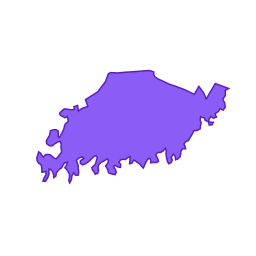 outline of Romelândia, Santa Catarina, Brazil, rotated 41°
{"feature_id": "56859067B71517349655646", "entity_name": "Romelândia", "entity_type": "district", "adm_level": 2, "iso_a3": "BRA", "parent_name": "Brazil", "parent_adm1": "Santa Catarina", "projection": "equal_earth", "projection_center": [-53.313, -26.655], "detail": "fine", "context": "isolated", "style": "filled", "palette": "violet", "viewbox_px": 256, "rotation_deg": 41, "n_neighbors": 0, "source": "geoboundaries", "source_scale": "gbopen_adm2", "svg_char_len": 3104}
<svg xmlns="http://www.w3.org/2000/svg" viewBox="0 0 256 256"><g transform="rotate(41 128 128)"><path d="M78.5,97.6L77.6,99.9L80.6,107.9L81.2,117.3L81.5,120.3L77.3,134.5L83.5,138.0L82.0,140.8L80.3,143.6L79.5,147.9L75.2,144.0L73.2,147.4L75.5,149.1L73.3,151.6L70.5,153.2L67.3,155.4L66.8,158.9L66.7,161.9L68.7,162.7L71.6,162.1L73.7,161.6L74.7,159.2L76.6,160.5L78.7,162.3L78.0,166.0L78.8,168.3L80.3,171.0L81.2,174.4L81.8,176.8L82.4,180.2L80.5,179.9L79.2,178.0L77.7,176.1L75.0,176.4L72.8,178.3L71.2,181.0L72.6,183.1L73.7,185.2L74.1,188.0L74.8,191.3L77.2,193.2L80.1,192.9L82.4,191.4L83.1,188.1L84.1,184.5L85.8,182.5L88.4,184.2L90.4,186.9L92.5,188.3L93.8,190.6L94.0,195.2L94.0,198.3L91.6,199.4L89.2,199.1L86.6,199.3L83.3,201.9L83.1,205.4L80.5,205.1L78.8,204.3L76.2,204.6L77.6,207.7L79.0,210.7L81.4,212.6L83.8,213.2L86.3,212.7L88.6,214.3L92.1,217.8L94.6,214.7L96.8,217.0L97.5,221.0L98.6,223.9L100.7,222.5L100.2,218.9L99.3,216.1L98.1,213.9L96.5,212.4L95.3,210.5L98.3,210.0L102.1,211.7L104.5,214.1L105.1,211.7L103.4,209.0L103.1,205.2L104.0,201.7L103.4,199.2L103.1,195.6L104.9,193.6L106.0,196.3L106.4,199.4L109.3,199.5L112.1,200.5L114.2,201.4L116.1,203.6L117.8,206.5L120.0,207.7L119.1,203.9L117.0,200.8L116.4,197.5L119.6,198.0L121.4,196.1L119.8,193.7L117.3,191.4L114.9,188.9L112.4,187.5L110.3,186.4L110.6,182.9L112.4,180.0L114.7,180.0L113.5,184.0L115.3,186.0L118.1,185.5L119.6,182.2L120.3,179.1L120.7,175.8L120.9,172.7L121.8,169.9L124.1,170.3L125.6,173.4L127.1,176.7L126.7,181.7L128.9,183.1L131.0,183.3L133.7,184.4L134.8,181.9L133.7,179.4L131.4,177.5L129.9,175.0L130.2,171.7L131.6,168.2L132.7,164.8L134.9,165.6L135.8,168.0L136.0,171.4L138.2,172.0L140.6,173.0L142.6,174.6L144.8,173.8L146.8,173.0L148.9,171.6L148.1,169.1L146.2,167.8L144.0,167.2L142.2,166.1L143.4,164.2L145.8,164.1L148.2,162.7L146.3,160.1L143.7,160.1L143.2,156.9L144.8,154.8L146.7,153.5L147.2,150.5L148.5,148.2L150.5,150.9L152.7,153.9L154.0,152.1L153.4,148.6L155.3,148.0L157.5,147.9L160.4,147.4L162.9,148.0L165.8,148.2L164.7,144.5L164.0,142.0L163.3,138.9L164.2,136.6L166.3,137.3L168.0,139.3L169.9,137.2L172.0,135.7L172.9,133.1L171.1,131.9L169.2,131.1L166.4,129.9L166.4,127.0L168.5,125.3L169.6,122.4L169.4,119.0L172.0,120.1L173.6,122.6L175.7,124.4L177.8,126.1L179.9,127.5L182.4,128.2L183.2,125.6L182.4,123.1L179.9,121.9L179.3,117.9L182.3,118.5L184.8,120.7L185.9,118.6L186.2,115.3L184.7,112.9L183.0,110.6L183.0,107.6L185.1,106.0L183.0,104.3L180.6,103.4L180.6,100.1L181.9,97.9L181.3,95.4L180.6,91.1L179.5,86.9L181.9,84.3L183.0,81.3L181.3,78.8L179.8,76.0L177.2,74.7L175.3,71.8L177.2,71.3L179.0,70.1L181.0,71.6L183.0,71.0L184.9,70.6L183.3,68.2L183.0,64.8L186.0,64.6L187.6,61.7L184.3,60.2L185.4,56.1L184.7,53.0L188.2,51.9L187.6,48.1L185.8,46.9L184.3,45.4L182.3,44.9L180.5,43.7L180.2,39.7L178.6,37.8L176.7,35.8L178.1,32.1L164.7,37.2L165.4,40.9L166.9,49.2L168.0,54.7L162.1,51.9L154.2,50.1L156.0,59.1L145.6,61.9L136.5,65.3L131.1,67.6L117.9,71.4L114.8,71.7L112.7,71.0L110.5,68.8L106.5,70.5L96.0,81.1L88.3,88.8L83.8,93.5L78.5,97.6ZM184.9,70.6L187.3,72.5L189.3,70.6L188.7,67.8L186.8,69.1L184.9,70.6Z" fill="#8b5cf6" stroke="#5b21b6" stroke-width="1.5"/></g></svg>